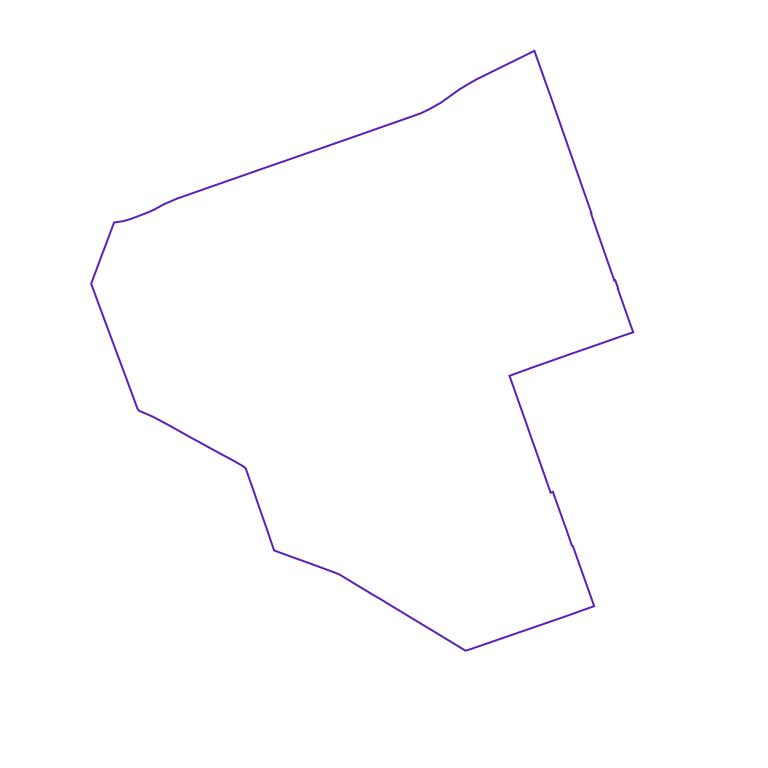 Prospect, South Australia, Australia (Albers equal-area conic projection), rotated 74°
{"feature_id": "25037944B26135803940358", "entity_name": "Prospect", "entity_type": "district", "adm_level": 2, "iso_a3": "AUS", "parent_name": "Australia", "parent_adm1": "South Australia", "projection": "albers", "projection_center": [138.598, -34.885], "detail": "fine", "context": "isolated", "style": "outline", "palette": "violet", "viewbox_px": 768, "rotation_deg": 74, "n_neighbors": 0, "source": "geoboundaries", "source_scale": "gbopen_adm2", "svg_char_len": 2097}
<svg xmlns="http://www.w3.org/2000/svg" viewBox="0 0 768 768"><g transform="rotate(74 384 384)"><path d="M340.6,627.7L342.5,626.5L350.9,616.2L351.3,615.7L364.1,602.4L381.0,585.7L394.2,572.3L397.2,569.3L405.7,560.7L414.9,551.2L423.4,542.9L426.7,540.2L435.9,539.7L452.7,538.7L465.7,538.1L473.8,537.6L493.1,536.5L504.7,536.0L513.7,535.5L518.2,529.4L525.9,518.8L529.7,513.5L539.4,500.1L544.8,492.7L552.4,482.4L554.9,479.3L566.9,468.2L569.9,465.4L583.2,453.1L589.6,446.9L592.3,444.4L597.8,439.4L608.2,429.7L619.9,418.9L626.6,412.7L634.7,405.1L662.8,379.2L662.8,376.8L662.8,375.5L660.4,330.1L659.2,307.1L658.2,288.8L657.6,276.0L657.4,273.1L656.1,253.8L656.0,251.0L655.5,243.2L592.0,247.1L591.3,247.9L582.1,248.4L573.8,248.8L571.3,249.0L569.1,249.2L535.5,251.3L534.2,251.3L534.4,253.8L482.8,256.8L482.4,256.9L466.3,257.8L465.2,257.8L464.0,257.9L450.1,258.7L436.0,259.6L434.9,259.6L433.7,259.7L410.7,261.1L410.0,250.8L408.9,235.1L408.7,230.9L408.5,227.8L406.5,194.8L405.5,176.1L404.0,150.2L403.5,142.0L403.0,130.2L394.0,130.8L385.6,131.3L378.5,131.7L376.1,131.9L366.7,132.4L364.3,132.6L357.1,133.0L357.1,132.6L348.0,133.1L348.1,134.1L312.6,136.1L294.8,137.1L277.0,138.0L277.0,137.5L275.3,137.6L265.8,138.1L263.5,138.3L261.3,138.4L259.2,138.5L249.4,139.1L248.0,139.1L244.7,139.4L243.5,139.4L242.2,139.5L237.5,139.7L232.8,140.0L230.0,140.2L226.1,140.4L225.7,140.4L218.6,140.8L204.1,141.7L202.9,141.7L190.8,142.4L186.4,142.7L184.4,142.8L175.1,143.3L167.8,143.7L165.7,143.8L162.8,144.0L158.2,144.3L150.7,144.7L149.2,144.8L148.8,144.9L105.2,147.6L116.6,210.9L117.0,212.5L119.3,221.9L121.7,230.6L129.3,251.8L132.4,265.1L133.9,273.8L134.0,274.9L137.7,338.3L140.8,392.3L141.3,401.0L141.8,410.2L142.4,420.3L142.8,428.2L143.8,446.3L144.7,461.3L144.9,465.6L145.2,469.5L145.7,479.2L146.5,493.6L147.6,512.6L148.1,520.1L148.7,531.5L149.4,537.0L150.5,545.8L152.1,552.7L152.8,555.7L154.0,563.4L155.6,582.4L155.6,589.6L154.6,597.5L154.4,599.0L175.5,614.6L181.6,619.2L194.8,628.9L205.3,636.7L206.8,637.8L222.2,636.7L222.7,636.7L253.1,634.4L304.5,630.4L340.6,627.7Z" fill="none" stroke="#5b21b6" stroke-width="2"/></g></svg>